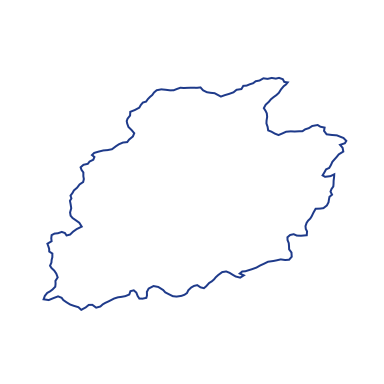 the district of Pitangui, Minas Gerais, Brazil, rotated 264°
{"feature_id": "56859067B91667703036850", "entity_name": "Pitangui", "entity_type": "district", "adm_level": 2, "iso_a3": "BRA", "parent_name": "Brazil", "parent_adm1": "Minas Gerais", "projection": "equal_earth", "projection_center": [-44.886, -19.589], "detail": "fine", "context": "isolated", "style": "outline", "palette": "blue", "viewbox_px": 384, "rotation_deg": 264, "n_neighbors": 0, "source": "geoboundaries", "source_scale": "gbopen_adm2", "svg_char_len": 3546}
<svg xmlns="http://www.w3.org/2000/svg" viewBox="0 0 384 384"><g transform="rotate(264 192 192)"><path d="M226.7,350.8L229.9,348.3L231.4,345.4L233.2,342.0L234.1,337.0L235.3,331.9L239.0,329.7L242.2,330.6L243.5,326.5L245.5,323.9L245.1,318.5L243.3,314.9L242.5,311.1L240.9,308.2L241.2,304.9L241.4,300.5L242.0,296.6L242.1,291.9L240.8,288.0L239.6,284.0L241.4,280.5L243.7,277.3L245.3,274.2L248.9,274.0L252.4,273.2L255.2,273.6L258.9,274.6L262.4,274.6L264.9,273.7L267.9,272.2L271.1,274.4L273.7,277.9L275.9,280.1L277.8,283.0L279.5,286.0L281.5,288.7L284.8,291.3L287.6,294.2L289.1,296.7L291.0,298.6L291.8,295.3L294.7,294.1L296.4,290.5L296.0,287.2L297.1,283.2L296.6,279.0L297.6,274.9L295.8,270.8L295.5,266.9L293.8,264.2L293.1,260.8L292.1,257.4L292.2,254.1L289.2,251.9L289.0,247.0L286.8,243.7L285.7,239.2L284.9,234.8L283.9,230.7L286.2,227.3L287.9,224.8L288.7,220.9L289.7,217.2L292.0,213.6L295.1,211.4L295.1,207.7L295.6,204.1L296.0,199.5L296.3,194.6L296.9,191.4L296.1,188.0L295.1,184.4L295.4,180.8L296.4,176.6L297.3,172.2L296.9,167.5L294.9,164.6L292.6,162.6L291.0,160.2L288.9,157.7L286.7,155.8L286.1,152.5L283.9,150.2L281.4,148.4L279.5,143.7L278.2,139.0L274.5,138.4L271.7,135.6L269.4,134.5L266.9,134.7L263.3,135.6L259.9,138.4L256.5,140.7L253.4,139.0L250.7,134.9L248.4,132.8L248.4,128.5L247.1,124.3L245.5,121.2L242.9,116.9L242.5,112.4L242.6,108.2L241.9,103.2L241.1,98.8L239.2,96.4L237.0,98.6L234.4,97.2L233.0,93.3L230.9,91.3L230.4,86.9L228.2,83.8L225.6,84.4L222.8,86.0L219.1,85.6L216.2,85.8L213.3,84.8L211.3,81.0L208.3,78.2L205.9,74.7L203.6,73.1L201.1,70.8L198.2,71.4L196.0,69.7L192.6,70.0L188.5,70.2L184.4,68.6L181.1,68.8L178.6,70.5L176.2,73.3L173.2,76.7L169.1,78.7L167.2,73.5L165.0,69.6L162.4,66.3L161.9,62.7L164.5,61.3L165.9,58.3L165.0,54.4L165.0,50.9L163.8,47.9L160.7,47.2L157.7,47.2L155.7,42.8L153.2,43.4L150.5,44.0L147.7,43.8L145.4,46.7L141.8,46.3L139.1,45.3L136.5,44.8L133.5,43.1L131.1,44.3L128.2,46.8L125.0,48.5L121.1,49.5L117.9,46.9L114.8,46.7L112.1,46.1L109.6,43.1L108.0,40.4L106.8,37.5L104.1,34.8L100.8,33.2L99.5,38.2L101.0,43.3L102.2,47.9L100.4,51.3L98.0,52.7L95.5,55.6L92.8,59.1L91.1,62.7L89.3,67.0L86.4,69.5L88.3,74.2L90.5,77.5L90.2,81.1L87.0,84.6L87.7,88.9L89.6,91.5L90.8,94.2L91.8,97.2L92.9,100.1L94.2,103.4L95.0,107.3L95.1,111.0L95.4,114.8L96.6,118.9L99.8,120.4L100.3,123.8L97.8,126.1L94.2,127.1L91.5,128.5L91.1,131.7L91.5,135.5L93.8,136.4L97.4,136.7L100.5,138.8L102.5,143.9L101.1,148.5L99.4,150.7L97.5,153.1L95.0,154.9L92.9,158.1L90.4,162.0L89.6,165.7L89.8,170.6L90.6,173.8L92.0,176.4L94.7,178.1L97.1,181.2L98.4,184.2L98.8,187.5L96.3,190.5L95.1,193.8L96.8,196.3L99.7,199.5L101.1,202.4L102.8,204.8L104.7,206.7L106.7,209.4L109.2,213.7L109.4,217.7L107.7,220.9L105.6,223.6L103.4,226.6L101.8,231.0L103.7,234.8L105.9,231.0L107.7,233.6L107.6,236.8L108.3,240.2L108.9,243.3L110.1,248.2L111.8,252.1L113.1,256.0L114.7,260.3L114.9,265.9L115.2,269.1L115.7,273.2L114.6,277.6L114.5,281.5L117.2,284.4L121.4,284.6L124.8,282.6L127.7,282.8L131.0,282.9L134.2,282.0L137.0,282.2L139.0,285.1L139.4,288.7L137.7,291.7L137.1,295.8L137.0,301.6L140.8,302.3L143.4,301.3L146.2,301.3L149.4,302.8L151.4,304.5L153.2,306.8L155.2,308.4L158.9,310.7L162.4,313.2L162.1,317.6L162.2,321.0L164.5,324.7L167.5,326.7L169.8,327.3L172.8,328.2L174.7,331.0L177.9,329.8L180.3,331.0L182.7,333.1L185.2,333.6L188.3,334.0L192.2,334.9L194.7,335.3L193.3,331.4L193.2,325.9L194.9,323.6L197.5,325.6L200.5,327.7L201.6,331.0L204.2,332.9L207.4,334.8L209.7,337.3L211.6,339.4L214.1,341.9L216.4,346.7L220.2,346.4L223.4,344.2L224.5,349.1L226.7,350.8Z" fill="none" stroke="#1e3a8a" stroke-width="2"/></g></svg>